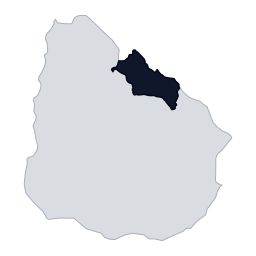 Rivera on a map of Uruguay (Robinson projection)
{"feature_id": "URY-14", "entity_name": "Rivera", "entity_type": "Department", "adm_level": 1, "iso_a3": "URY", "parent_name": "Uruguay", "parent_adm1": "", "projection": "robinson", "projection_center": [-55.345, -31.483], "detail": "fine", "context": "in_parent", "style": "filled", "palette": "ink", "viewbox_px": 256, "rotation_deg": 0, "n_neighbors": 0, "source": "natural_earth", "source_scale": "10m", "svg_char_len": 4094}
<svg xmlns="http://www.w3.org/2000/svg" viewBox="0 0 256 256"><path d="M221.9,185.1L220.0,186.9L217.9,190.1L215.4,198.0L207.3,208.8L205.6,214.9L196.8,221.3L190.6,228.4L186.6,228.2L183.0,231.3L162.1,240.6L154.6,238.9L149.0,238.9L143.9,234.8L132.1,233.3L124.8,235.0L114.9,239.5L111.9,239.4L109.7,239.2L104.4,237.3L101.4,233.3L86.2,228.7L73.9,218.2L59.4,218.0L48.3,219.4L46.5,218.0L45.4,215.3L43.0,211.5L33.4,202.2L25.8,193.1L24.2,184.1L25.2,174.2L27.3,162.6L26.9,159.0L29.7,157.0L32.4,156.5L35.1,153.5L37.4,149.0L37.8,145.6L35.9,139.2L34.5,130.3L33.0,125.9L36.0,118.9L36.1,115.5L34.3,112.5L33.8,109.4L34.5,106.3L34.4,103.3L33.2,100.4L34.0,98.0L36.8,96.1L38.9,93.1L40.3,89.2L41.0,86.2L41.0,84.1L40.1,82.2L38.4,80.3L39.1,76.7L42.4,71.2L44.6,66.4L45.5,62.1L45.4,58.7L44.3,56.1L44.7,54.4L46.8,53.4L47.7,50.7L47.3,43.8L45.2,38.2L46.8,33.7L51.4,28.6L53.8,24.4L54.0,21.2L55.4,19.4L57.7,22.8L64.4,23.7L71.0,23.9L72.1,23.0L74.7,17.4L78.2,15.8L82.0,15.4L86.1,15.6L90.5,19.4L103.0,31.5L112.1,39.9L114.9,43.9L117.3,46.9L119.1,49.7L118.4,56.9L118.5,60.1L118.9,61.0L121.0,61.0L124.1,60.5L126.7,59.0L128.7,56.7L130.7,54.8L132.3,53.8L132.8,52.2L133.8,50.7L134.7,50.3L136.5,51.5L140.8,55.6L144.1,59.4L144.9,61.6L146.1,63.9L147.5,65.9L148.4,67.8L151.6,70.3L154.9,71.9L157.0,70.3L162.6,75.5L174.7,79.9L176.9,82.5L179.0,86.3L183.2,92.0L189.0,97.1L193.8,99.3L198.3,100.5L200.8,101.7L202.5,103.6L205.3,105.8L207.0,106.5L207.6,108.4L209.4,112.6L211.2,117.8L213.2,122.7L217.6,127.4L222.5,131.0L227.7,133.1L230.6,135.6L231.8,138.2L228.3,142.2L224.5,147.1L221.1,151.0L217.7,153.7L216.6,155.6L215.8,158.5L215.7,173.8L215.4,179.6L215.7,181.1L216.1,182.1L218.3,183.6L220.8,184.9L221.9,185.1Z" fill="#d9dde1" stroke="#a8b0b8" stroke-width="1"/><path d="M126.3,59.3L127.8,58.2L128.4,57.7L128.7,56.9L129.1,55.3L129.6,54.7L130.4,54.6L131.4,54.8L132.2,54.9L132.8,54.4L132.8,53.5L132.7,51.6L132.9,50.8L133.5,50.2L134.3,50.0L135.2,50.2L136.3,51.5L137.7,52.4L138.3,52.9L139.2,54.0L141.0,55.7L144.0,59.0L144.5,59.9L144.8,60.7L144.9,62.3L145.2,63.1L145.6,63.6L146.9,64.4L147.4,65.2L147.9,67.1L148.2,67.9L148.8,68.7L149.5,69.1L151.1,69.7L151.8,70.2L153.7,71.9L154.4,72.4L155.0,72.5L155.5,72.2L156.1,71.5L156.8,70.0L157.3,69.8L158.0,70.7L158.6,71.8L159.7,73.2L160.8,74.3L162.4,75.1L162.9,75.6L163.3,76.2L163.8,76.7L164.4,77.1L165.5,77.6L172.1,78.5L173.4,78.5L174.0,78.7L174.5,79.2L175.2,80.7L175.7,81.3L177.7,83.0L178.3,83.6L178.8,84.5L178.9,85.3L179.0,87.2L179.4,88.2L179.4,88.3L179.2,88.5L178.6,89.6L178.5,89.8L178.2,90.0L177.9,90.4L177.5,91.0L177.3,91.4L177.2,92.5L177.9,94.6L178.1,95.7L177.9,96.6L177.0,98.9L176.4,99.9L175.9,101.3L174.6,103.2L175.2,103.7L175.9,103.8L176.3,104.0L176.5,104.8L176.2,105.4L175.2,106.2L174.8,106.7L175.2,107.5L175.1,108.3L174.5,109.0L173.6,109.3L172.8,109.4L172.0,109.6L171.4,109.0L171.1,108.5L170.7,107.5L170.2,106.7L168.7,105.3L168.1,104.3L166.4,102.4L165.8,101.2L165.2,100.5L164.1,99.7L163.2,98.4L163.0,98.2L162.9,98.1L162.0,97.6L160.3,97.0L159.8,96.9L156.8,96.6L156.0,96.3L154.5,95.6L153.9,95.5L152.7,95.5L151.0,95.6L148.6,95.4L144.8,94.5L143.6,94.3L143.1,94.4L142.1,94.6L138.7,94.9L137.6,94.7L136.5,94.5L136.2,94.5L135.9,94.5L135.3,94.8L135.0,94.8L134.8,94.9L134.5,94.8L134.2,94.7L133.9,94.4L133.5,93.7L133.1,93.1L132.9,92.6L132.9,92.3L133.0,91.5L133.0,91.2L132.9,91.0L132.6,90.6L132.5,90.4L132.5,90.2L132.5,89.9L132.5,89.3L132.6,88.7L133.0,87.7L133.0,87.2L133.0,86.9L132.8,86.5L132.4,85.0L132.3,84.5L132.1,84.1L131.8,83.9L131.4,83.6L130.7,83.3L129.4,82.9L129.1,82.7L128.8,82.5L127.5,81.3L127.3,81.1L127.2,80.9L127.1,80.6L127.0,80.4L126.4,78.6L126.4,78.3L126.4,77.4L126.4,76.9L126.3,76.6L126.2,76.2L125.8,75.3L125.6,75.1L125.4,74.9L124.7,74.4L121.9,73.2L120.0,72.1L116.8,69.5L116.6,69.4L116.0,69.2L115.3,69.2L115.0,69.3L114.3,69.5L113.8,70.0L112.9,71.5L112.5,71.0L111.9,70.3L111.8,70.1L111.7,69.8L111.7,69.5L111.7,69.3L111.9,68.9L112.2,68.6L112.7,68.2L113.3,67.9L116.0,67.1L116.5,66.8L116.9,66.4L117.4,65.4L117.7,64.8L118.7,61.1L119.7,60.9L122.3,61.1L123.5,60.9L124.4,60.9L124.8,60.8L125.1,60.5L125.3,60.3L125.5,60.0L125.7,59.7L126.3,59.3Z" fill="#0f172a" stroke="#020617" stroke-width="1.5"/></svg>